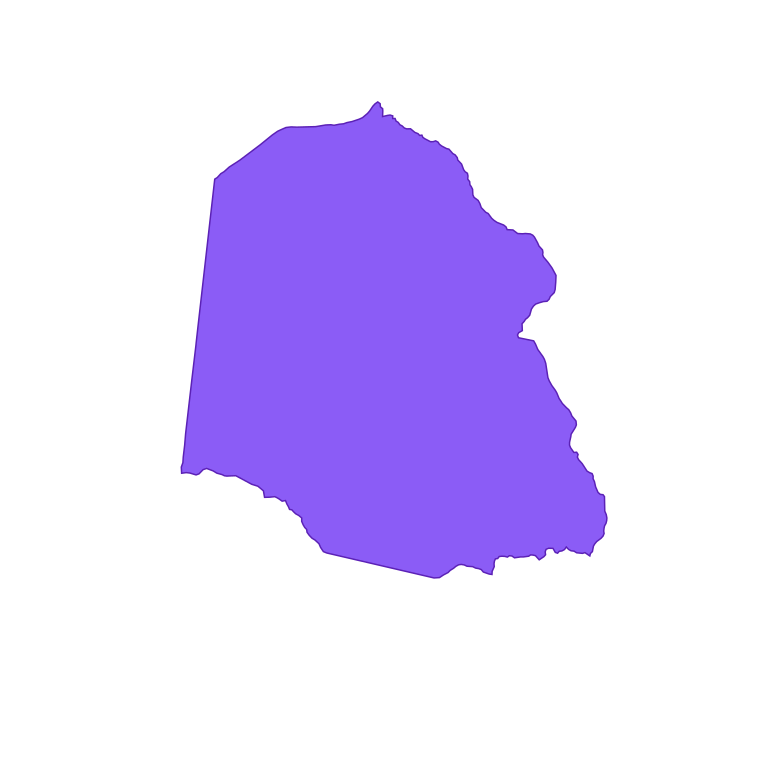 Bom Jesus do Tocantins, Pará, Brazil, rotated 138°
{"feature_id": "56859067B86767686760790", "entity_name": "Bom Jesus do Tocantins", "entity_type": "district", "adm_level": 2, "iso_a3": "BRA", "parent_name": "Brazil", "parent_adm1": "Pará", "projection": "robinson", "projection_center": [-48.817, -5.028], "detail": "fine", "context": "isolated", "style": "filled", "palette": "violet", "viewbox_px": 768, "rotation_deg": 138, "n_neighbors": 0, "source": "geoboundaries", "source_scale": "gbopen_adm2", "svg_char_len": 3675}
<svg xmlns="http://www.w3.org/2000/svg" viewBox="0 0 768 768"><g transform="rotate(138 384 384)"><path d="M476.6,206.4L472.3,203.0L467.5,202.3L462.5,201.0L459.6,201.2L455.5,200.5L452.6,200.4L449.5,199.7L447.3,198.2L445.4,195.8L444.3,193.1L440.3,188.9L439.1,185.9L437.2,183.5L435.9,181.0L436.0,177.8L433.1,172.5L431.2,170.2L429.0,172.4L424.3,174.5L422.5,176.8L420.4,178.5L418.2,179.5L416.3,178.2L413.8,178.7L411.6,177.1L409.6,175.1L408.1,172.8L405.7,172.5L404.0,170.5L403.3,167.5L398.2,164.1L396.1,162.2L391.7,159.2L389.4,158.9L387.7,157.1L386.3,155.1L386.3,149.5L380.7,148.7L378.2,149.0L376.5,151.4L374.2,152.7L371.6,151.8L368.4,148.8L369.4,144.2L368.2,142.1L365.7,142.4L363.5,140.9L360.6,140.2L357.6,140.9L357.5,137.6L356.6,134.9L354.6,132.6L353.8,129.7L349.8,125.3L347.5,124.2L346.1,118.5L344.0,119.9L341.3,120.0L336.8,123.4L334.2,124.2L331.3,124.6L326.0,124.1L323.0,124.4L320.5,125.6L319.1,127.7L317.2,129.4L315.0,131.0L312.3,131.9L309.9,133.5L308.0,135.3L306.2,138.3L305.0,141.8L295.5,152.8L295.3,155.2L297.1,157.2L297.5,160.2L295.6,165.9L292.9,170.7L292.0,173.7L290.2,175.6L289.3,178.2L290.5,180.5L291.4,183.4L290.0,192.2L290.0,197.7L289.2,200.3L286.9,201.8L286.5,204.4L288.7,206.1L288.0,211.8L287.0,214.5L285.0,216.6L280.5,219.8L278.5,221.5L270.8,223.7L268.4,224.9L266.1,228.0L265.8,234.5L264.6,237.7L263.9,241.3L264.3,244.4L264.5,250.2L264.0,253.0L263.6,256.0L261.6,261.6L260.9,264.8L260.3,270.6L259.1,275.8L257.9,279.1L250.0,291.1L248.3,295.0L247.6,297.9L246.6,306.8L244.7,312.3L243.9,315.9L253.1,328.4L252.0,331.1L249.6,332.0L245.5,331.1L241.1,336.4L238.0,336.7L235.5,337.4L233.0,337.2L229.7,337.6L224.3,341.0L220.8,341.9L217.8,341.9L214.1,340.4L210.4,338.6L207.5,336.4L204.6,336.5L201.9,337.7L196.4,338.0L193.6,339.7L188.3,344.7L183.5,349.6L181.5,357.7L180.7,364.8L180.5,371.4L179.7,373.8L177.8,375.5L176.5,377.6L176.5,382.9L175.4,386.1L173.9,392.5L173.9,395.1L174.9,397.7L178.3,401.3L180.5,402.9L184.0,406.4L185.1,412.2L189.2,416.3L188.2,419.1L188.7,422.1L191.9,428.5L192.8,432.2L193.1,435.2L192.5,441.0L193.5,443.6L193.7,450.0L192.0,454.0L191.2,457.4L192.2,462.4L191.4,465.1L187.9,469.4L187.1,472.2L186.8,474.6L184.9,477.1L184.7,480.2L182.4,482.4L181.0,484.8L181.7,487.5L181.4,490.0L179.2,495.5L179.3,501.1L178.1,503.2L177.8,506.6L178.7,509.2L178.6,515.1L180.0,517.1L181.9,522.3L182.4,525.2L182.0,527.5L182.9,530.1L185.3,531.2L187.3,532.9L189.5,538.8L190.1,541.3L189.3,543.6L191.2,544.9L191.2,547.3L192.7,550.3L193.5,555.9L196.4,558.4L197.6,560.6L197.8,563.6L198.7,566.0L198.4,569.0L199.1,571.3L198.1,573.9L199.9,575.5L198.1,577.4L199.5,579.8L201.6,581.2L206.1,583.7L202.2,587.7L200.8,589.5L201.2,592.4L199.3,594.9L199.9,597.8L203.3,598.2L206.4,597.9L212.0,596.5L215.2,596.1L221.7,596.3L225.2,597.4L232.1,600.4L236.7,603.1L239.9,604.4L243.3,606.9L248.0,609.7L250.0,612.2L254.0,615.5L262.6,621.0L276.9,633.2L281.0,637.2L285.2,640.2L289.4,641.6L293.9,643.0L300.4,643.8L315.9,644.6L341.3,646.8L353.9,648.8L360.8,648.8L364.5,649.5L369.8,649.0L372.7,649.5L484.1,550.9L495.8,540.5L498.1,538.4L523.2,516.4L564.7,479.8L573.1,471.9L582.0,464.1L586.1,460.1L590.2,457.9L594.1,453.1L590.3,450.5L587.9,447.8L584.5,442.2L581.6,441.0L575.7,441.4L572.3,439.9L569.1,433.7L567.9,429.6L565.0,425.1L564.0,422.6L562.4,420.7L559.9,418.7L555.5,415.0L549.4,398.0L546.1,392.4L545.1,385.3L548.6,379.7L544.6,376.3L540.5,373.3L539.6,371.1L538.9,368.8L538.1,365.1L535.2,363.3L536.5,359.7L537.1,356.9L538.1,354.0L536.7,352.2L536.7,349.6L536.5,346.7L535.3,343.3L534.8,339.5L537.1,337.0L538.3,333.4L538.9,330.4L538.8,327.7L540.4,325.3L540.8,321.7L540.7,317.6L539.7,314.3L539.2,308.8L540.5,304.9L541.2,300.0L539.6,296.7L476.6,206.4Z" fill="#8b5cf6" stroke="#5b21b6" stroke-width="1.5"/></g></svg>